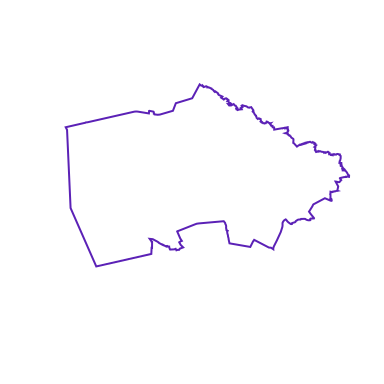 the district of Súdwest-Fryslân, Friesland, Netherlands, rotated 21°
{"feature_id": "6326949B35163690822727", "entity_name": "Súdwest-Fryslân", "entity_type": "district", "adm_level": 2, "iso_a3": "NLD", "parent_name": "Netherlands", "parent_adm1": "Friesland", "projection": "natural_earth1", "projection_center": [5.609, 52.975], "detail": "fine", "context": "isolated", "style": "outline", "palette": "violet", "viewbox_px": 384, "rotation_deg": 21, "n_neighbors": 0, "source": "geoboundaries", "source_scale": "gbopen_adm2", "svg_char_len": 5823}
<svg xmlns="http://www.w3.org/2000/svg" viewBox="0 0 384 384"><g transform="rotate(21 192 192)"><path d="M50.9,176.8L53.1,178.8L84.4,250.5L129.3,295.8L176.2,264.4L174.3,258.6L174.7,258.5L172.6,252.8L172.1,252.9L171.9,252.6L169.3,250.9L172.3,250.1L177.2,250.7L178.8,251.0L179.1,251.3L180.3,251.5L183.5,251.9L183.4,251.6L183.6,251.6L186.9,252.1L187.0,252.1L186.9,251.9L188.1,251.3L188.6,251.8L189.7,251.2L190.2,251.1L190.3,251.4L190.8,252.1L191.9,253.4L192.1,253.3L192.4,253.5L196.0,251.9L197.1,250.9L198.3,252.0L199.3,251.2L200.7,250.6L200.9,249.3L203.6,246.9L200.3,245.4L198.1,243.5L199.3,241.9L200.0,241.3L197.7,239.6L192.3,234.1L192.4,233.8L192.8,233.6L206.2,221.3L207.8,219.9L209.8,218.8L232.1,207.9L234.0,209.0L234.6,209.9L235.7,210.9L236.2,211.8L236.5,212.8L236.7,213.2L236.7,213.3L237.7,215.0L237.9,214.9L238.5,215.7L239.2,215.6L239.1,216.4L239.5,217.4L240.3,218.6L240.9,219.3L241.7,220.8L242.7,222.1L243.0,222.8L244.4,225.0L245.4,226.5L266.1,222.4L266.7,216.3L266.9,215.5L267.0,215.5L267.2,214.4L283.7,216.3L285.7,215.7L288.4,216.3L288.1,215.6L288.0,214.9L287.9,213.6L288.6,206.8L289.2,197.6L288.9,192.4L288.6,191.0L287.6,188.4L287.7,187.0L288.1,185.7L288.4,185.1L289.3,184.0L290.1,184.3L291.5,185.2L292.9,185.8L295.6,186.5L296.2,186.4L296.8,186.0L296.8,185.9L296.5,185.3L296.6,185.1L299.0,183.3L299.3,182.7L299.3,182.1L299.5,181.7L300.2,180.8L300.5,180.2L300.9,179.9L301.8,179.3L303.2,178.8L303.4,178.1L303.6,178.0L307.1,176.6L307.5,176.6L308.2,176.8L309.1,176.9L310.2,176.8L311.1,176.6L312.4,176.0L312.5,175.8L312.2,175.5L312.0,174.9L312.3,174.3L315.3,173.0L315.3,172.7L315.0,172.5L310.7,170.0L308.3,168.4L309.5,162.3L309.6,160.7L309.8,160.0L318.3,150.2L323.8,150.4L323.7,149.9L324.3,150.3L324.5,150.2L325.2,149.9L325.4,150.1L325.5,150.0L325.1,149.2L324.9,149.1L324.7,148.6L323.5,148.1L322.2,144.8L321.8,144.5L321.9,144.3L321.8,143.6L321.4,142.7L321.2,142.1L321.8,142.0L322.2,142.0L323.1,141.8L323.3,141.6L323.2,141.5L323.4,141.4L323.4,141.1L323.6,140.9L324.6,140.6L324.9,140.2L325.6,140.0L326.4,139.2L326.9,138.9L327.2,138.9L327.5,138.7L327.2,138.7L326.5,134.4L322.3,130.8L322.6,130.7L325.3,130.3L326.1,129.9L326.9,127.7L326.7,127.5L326.9,127.3L326.5,127.0L326.2,126.6L325.5,126.5L325.4,126.4L325.8,126.1L325.5,125.7L328.6,123.6L330.4,122.8L330.3,122.5L331.5,122.0L331.9,121.5L332.2,121.7L332.7,121.7L332.9,121.4L333.1,121.4L332.7,120.2L331.5,119.9L329.9,118.5L328.4,117.5L327.8,117.3L326.7,117.2L325.1,117.8L325.0,117.3L324.7,117.5L323.9,116.4L324.5,116.0L325.1,115.8L324.3,115.5L323.7,114.9L322.8,114.5L322.4,113.8L321.5,114.3L320.7,112.9L321.6,112.7L321.0,111.4L319.2,112.0L318.8,110.2L319.0,109.9L319.0,109.5L318.7,107.3L317.9,105.1L317.1,104.7L316.5,104.6L316.5,104.0L314.3,104.3L313.5,104.8L313.1,105.5L311.3,105.7L311.4,106.1L310.1,106.4L310.1,106.5L309.6,106.7L310.0,107.3L308.3,107.7L307.9,107.2L306.6,107.6L306.5,107.0L306.4,107.1L305.8,106.3L305.7,106.4L304.6,105.7L304.3,105.8L302.8,107.5L302.3,107.2L301.5,107.9L301.3,107.4L300.4,107.7L300.0,107.6L298.5,108.0L296.8,108.0L296.7,108.3L295.6,109.0L295.1,108.6L294.6,109.2L294.8,109.3L293.5,110.2L292.2,109.1L292.4,108.6L291.9,108.2L291.6,108.3L291.2,106.2L290.2,106.1L290.8,105.0L291.2,103.8L289.4,103.6L289.7,102.6L288.4,102.2L287.8,102.5L286.9,102.1L286.4,103.0L284.5,102.9L284.2,102.8L283.0,103.7L282.6,103.9L282.4,103.9L281.2,104.7L281.6,104.8L280.4,105.6L280.6,105.7L280.3,105.9L280.5,106.1L279.0,107.2L278.6,106.8L277.2,108.0L277.4,108.4L276.2,108.9L276.4,109.2L274.9,110.1L273.7,112.0L269.5,109.9L269.0,109.9L268.7,109.2L268.5,108.4L268.0,106.8L267.5,106.1L265.2,105.6L264.0,104.6L262.6,104.5L262.5,104.1L262.2,104.2L260.4,103.9L260.3,103.7L260.5,103.1L260.3,102.9L259.3,103.1L259.1,103.0L258.0,103.8L257.9,103.8L259.1,102.9L259.8,101.4L259.9,100.8L259.0,99.7L259.5,99.6L258.6,98.4L258.1,97.2L257.6,97.5L257.2,97.9L257.3,98.0L256.5,98.3L256.6,98.5L256.2,98.5L255.8,98.7L255.8,98.8L255.7,98.7L253.9,99.9L253.8,100.1L253.4,100.1L246.4,104.3L245.9,103.1L245.5,102.3L244.1,102.7L243.5,101.4L242.4,101.8L242.0,101.3L241.7,101.4L240.3,100.5L240.6,100.2L240.8,99.7L240.1,100.2L239.8,100.1L239.8,99.8L238.7,99.9L238.1,99.6L237.9,99.8L236.9,99.5L236.7,100.0L236.4,99.9L236.4,100.4L236.5,100.5L236.2,101.4L235.7,101.5L235.0,102.1L234.5,101.9L233.7,102.3L233.1,102.1L232.1,102.2L231.1,101.8L231.6,101.3L230.9,101.1L230.7,100.5L230.1,99.7L229.9,99.3L229.1,99.5L228.8,99.2L227.9,99.3L227.4,100.2L227.3,100.3L225.7,99.6L225.1,98.6L224.6,98.3L224.5,98.0L224.2,97.9L224.2,97.7L223.3,97.4L223.1,97.2L222.7,97.1L221.8,96.1L220.7,95.6L220.6,95.0L219.8,95.0L219.8,94.6L220.1,93.9L220.0,93.7L216.9,91.6L216.6,91.9L215.9,92.1L215.4,92.7L214.0,93.0L212.2,92.5L209.6,92.9L208.0,92.9L207.4,93.6L208.4,94.4L208.1,94.9L208.5,95.1L207.5,96.1L208.7,97.0L206.5,98.1L205.1,99.2L204.9,99.1L205.0,98.9L204.3,98.7L204.0,98.8L203.9,98.6L203.3,98.4L203.3,98.2L203.8,97.8L204.1,97.4L203.2,97.1L203.1,96.9L203.3,96.8L201.9,95.8L201.4,96.0L200.0,95.4L199.4,95.0L197.5,97.2L195.7,97.9L194.2,97.0L195.1,96.8L195.7,96.3L196.8,96.0L197.0,95.6L195.9,95.2L195.5,95.3L195.0,95.3L194.0,94.9L193.6,94.4L192.5,94.5L192.7,93.8L193.1,93.1L191.4,92.5L191.2,92.7L190.2,92.3L190.0,92.5L189.1,93.2L189.0,93.7L188.5,94.3L186.9,93.7L186.7,93.8L185.4,93.5L186.1,92.0L182.3,91.8L181.5,91.5L181.2,90.7L180.8,90.5L177.8,89.7L177.5,90.4L176.9,90.2L176.9,89.8L176.0,89.7L175.2,89.1L173.5,88.8L173.5,88.7L173.7,88.3L173.6,88.5L173.3,88.4L170.3,88.4L169.6,88.6L169.7,88.4L168.6,88.5L168.4,88.4L168.5,88.3L167.3,88.2L165.3,89.9L164.0,89.4L164.4,89.1L163.5,88.7L163.4,89.2L162.9,89.2L162.5,89.4L160.6,88.8L158.6,104.4L145.1,114.9L145.1,123.0L134.3,131.2L132.3,132.2L129.2,133.0L128.9,132.6L128.3,132.6L127.8,131.2L127.2,130.8L123.1,131.5L122.9,131.7L123.6,134.1L112.5,136.4L110.9,136.9L109.3,137.7L69.4,164.4L68.9,164.6L67.8,165.2L67.7,165.5L50.9,176.8Z" fill="none" stroke="#5b21b6" stroke-width="2"/></g></svg>